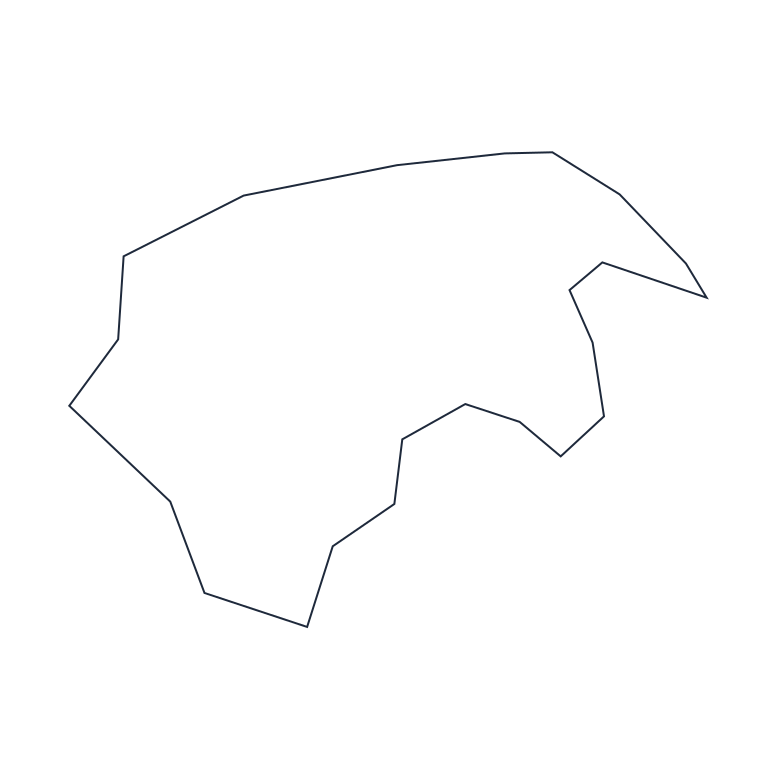 outline of Lemland, rotated 277°
{"feature_id": "ALD-4818", "entity_name": "Lemland", "entity_type": "state/province", "adm_level": 1, "iso_a3": "ALA", "parent_name": "Aland", "parent_adm1": "", "projection": "orthographic", "projection_center": [20.133, 60.033], "detail": "fine", "context": "isolated", "style": "outline", "palette": "slate", "viewbox_px": 768, "rotation_deg": 277, "n_neighbors": 0, "source": "natural_earth", "source_scale": "10m", "svg_char_len": 453}
<svg xmlns="http://www.w3.org/2000/svg" viewBox="0 0 768 768"><g transform="rotate(277 384 384)"><path d="M154.7,231.3L241.2,186.2L324.0,74.3L395.9,114.7L479.0,110.0L553.9,221.7L602.8,370.3L627.6,475.8L634.5,522.9L600.9,594.8L540.4,669.0L509.0,693.7L531.3,585.9L499.8,556.7L450.5,586.0L378.7,606.3L333.7,568.2L362.9,523.3L374.0,467.1L331.3,408.9L266.2,408.9L216.7,352.9L133.5,337.3L154.7,231.3Z" fill="none" stroke="#1e293b" stroke-width="2"/></g></svg>